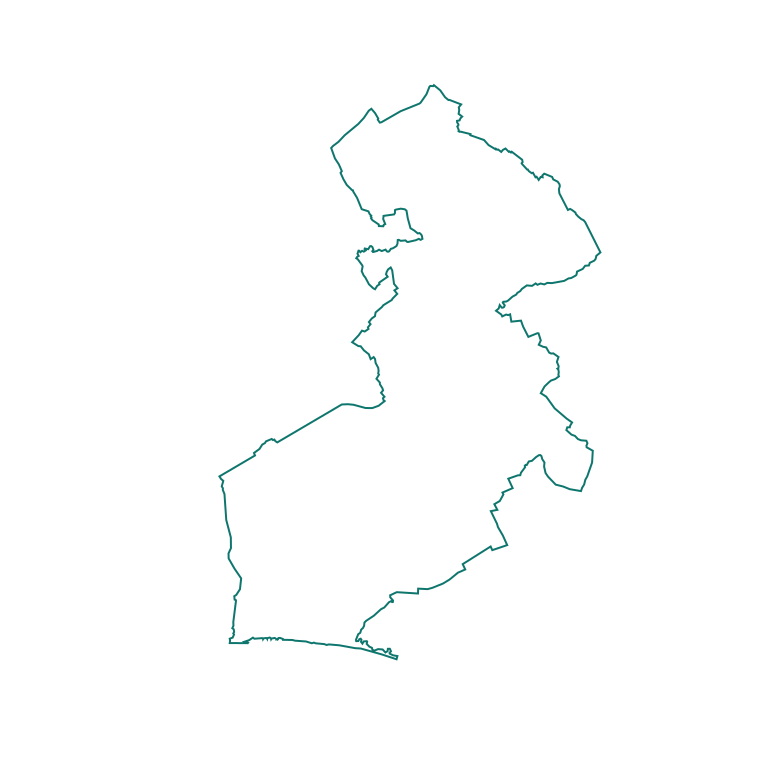 Mueang Phetchaburi, Phetchaburi, Thailand (Albers equal-area conic projection), rotated 64°
{"feature_id": "78962969B35998281204361", "entity_name": "Mueang Phetchaburi", "entity_type": "district", "adm_level": 2, "iso_a3": "THA", "parent_name": "Thailand", "parent_adm1": "Phetchaburi", "projection": "albers", "projection_center": [99.958, 13.071], "detail": "fine", "context": "isolated", "style": "outline", "palette": "teal", "viewbox_px": 768, "rotation_deg": 64, "n_neighbors": 0, "source": "geoboundaries", "source_scale": "gbopen_adm2", "svg_char_len": 6165}
<svg xmlns="http://www.w3.org/2000/svg" viewBox="0 0 768 768"><g transform="rotate(64 384 384)"><path d="M265.2,147.8L266.0,150.3L267.7,150.8L266.6,152.4L268.4,155.5L264.6,156.0L264.6,157.2L259.4,157.5L259.3,158.8L256.2,160.5L254.3,160.7L254.1,161.3L247.1,163.4L245.9,163.5L245.3,162.1L243.0,161.5L231.2,167.4L231.6,168.4L230.0,169.2L230.1,170.0L225.6,171.6L225.7,174.4L226.8,176.9L223.3,178.6L223.1,179.5L221.6,180.3L222.0,180.8L215.1,185.3L208.6,187.1L198.6,197.0L198.1,197.4L197.3,196.7L190.8,204.5L190.4,205.6L189.4,206.2L188.7,205.5L184.6,205.2L184.2,203.9L183.2,203.3L181.0,203.6L179.5,203.0L180.2,200.5L178.7,198.8L177.9,196.5L173.9,198.5L170.6,196.2L168.1,195.5L166.5,192.1L157.3,200.7L157.0,201.6L153.0,203.4L144.8,204.7L137.3,208.1L137.9,209.1L136.4,211.7L136.8,212.9L142.2,218.8L147.2,227.8L147.5,229.3L146.1,249.4L147.6,271.5L147.3,273.1L146.6,273.3L143.6,273.7L142.9,272.8L136.5,273.3L131.1,274.7L131.7,277.9L136.0,285.4L139.0,293.1L143.2,310.3L146.4,318.8L147.7,325.4L148.7,328.0L159.8,329.2L166.9,328.3L174.2,328.6L175.2,330.5L182.3,330.7L188.8,330.2L195.8,327.7L196.4,327.0L197.2,327.3L205.1,326.6L217.1,327.4L222.0,322.3L224.8,322.4L227.2,321.7L227.4,322.4L229.1,322.3L229.4,323.0L231.7,322.6L238.3,318.8L239.8,319.4L241.9,315.5L240.8,314.4L240.8,312.8L235.4,312.4L232.7,310.7L236.0,300.6L235.1,299.2L232.5,297.9L232.5,296.7L233.8,292.0L236.1,288.7L238.1,287.8L245.5,290.0L255.6,291.9L259.2,289.6L263.5,287.6L263.9,285.9L265.2,285.3L267.0,284.9L270.4,285.8L270.5,287.9L268.8,289.1L268.7,292.4L266.9,300.1L266.3,301.0L264.4,301.7L262.6,306.3L260.9,307.5L260.6,308.5L263.8,310.4L265.5,312.4L265.9,316.6L265.5,318.6L267.0,321.2L266.9,322.4L266.0,323.3L263.9,323.7L263.5,327.8L261.1,329.6L261.4,331.9L260.6,336.0L259.5,336.3L258.8,334.7L255.9,334.4L254.5,335.0L254.0,336.0L255.9,339.1L253.8,341.9L254.4,342.4L255.9,341.9L256.2,344.1L254.7,345.3L255.2,347.5L253.3,347.9L253.0,348.5L255.3,350.7L257.8,350.6L258.0,352.4L258.8,353.8L260.3,352.9L268.0,351.5L269.0,351.7L272.8,354.6L277.5,354.7L280.0,354.1L287.8,353.8L293.3,351.7L294.9,350.5L292.8,347.1L292.4,344.3L291.1,344.2L290.7,343.5L289.2,333.7L286.3,334.1L284.5,332.5L282.8,330.1L282.2,326.9L285.4,326.8L298.4,331.1L303.9,329.8L304.4,333.6L308.8,332.6L311.0,338.9L311.9,340.2L312.9,350.1L313.9,352.1L316.0,360.2L319.1,362.4L319.7,366.1L321.7,370.4L324.3,369.9L326.0,373.6L327.7,373.8L328.4,378.3L326.4,380.4L329.1,385.4L332.5,394.3L338.7,390.4L339.9,388.4L345.0,387.3L350.6,384.6L355.8,385.1L355.3,381.5L357.6,381.1L361.4,382.3L366.9,382.1L369.8,383.1L372.0,384.6L373.4,384.4L376.0,388.5L380.8,387.1L382.5,387.8L387.0,387.3L389.3,387.6L390.6,390.5L395.7,389.2L396.3,391.2L398.4,391.5L399.6,390.9L401.2,398.4L400.5,405.1L397.5,411.1L389.3,420.5L386.4,425.2L383.9,430.9L389.7,505.5L387.7,506.7L385.9,506.9L385.7,508.4L384.2,509.0L383.8,515.2L384.9,516.9L385.1,520.0L387.8,524.4L389.0,531.1L391.7,531.3L394.9,572.4L397.9,572.1L400.6,570.9L404.9,574.7L407.1,574.5L408.5,575.3L412.9,575.6L437.1,585.4L454.7,588.9L464.4,593.5L468.1,598.0L472.7,600.1L484.5,599.3L496.1,597.6L505.3,603.4L508.8,609.2L509.1,611.6L512.3,612.8L513.3,611.9L514.0,612.1L531.9,623.8L535.3,625.3L537.0,627.4L538.6,626.6L541.2,627.4L542.1,628.8L543.4,628.6L545.6,631.2L545.3,634.3L547.1,634.8L549.2,636.2L557.2,620.1L556.9,619.6L554.5,622.1L555.1,617.4L554.5,613.0L556.1,612.2L559.0,604.9L559.6,604.3L560.3,604.5L559.8,603.7L560.6,601.4L561.0,600.7L561.9,600.7L561.3,600.2L561.8,597.8L563.0,597.1L563.9,597.3L563.5,596.7L564.3,593.6L567.1,591.9L566.9,590.6L566.6,591.6L566.1,590.3L566.6,588.8L568.8,586.7L569.6,587.0L574.0,578.4L575.7,576.5L581.2,567.0L585.4,562.5L585.7,560.4L587.1,559.1L591.6,551.7L593.4,550.0L593.9,547.7L599.2,538.8L608.8,525.7L611.5,520.9L626.1,504.5L636.9,493.4L634.4,491.2L631.9,494.7L628.8,497.1L628.1,496.9L627.3,494.9L624.6,494.8L623.7,496.6L625.7,497.9L625.9,500.4L622.0,501.6L619.7,505.5L619.4,509.7L617.7,510.9L615.8,510.5L613.7,512.3L610.0,513.5L608.3,512.1L607.6,512.2L606.5,515.1L607.9,517.2L605.6,517.7L604.1,516.4L602.7,516.6L602.5,517.9L603.8,519.8L602.9,521.7L601.7,521.4L597.6,516.9L597.2,514.4L594.8,512.2L594.0,509.7L592.6,507.9L589.8,506.1L589.0,503.8L587.8,494.7L585.1,485.5L585.0,481.7L582.3,475.2L582.3,472.8L583.6,472.3L583.8,471.6L582.5,470.8L578.6,471.9L576.6,471.1L576.7,463.8L587.2,445.3L582.9,443.0L587.5,434.7L588.4,429.9L589.2,418.5L588.5,410.8L586.0,400.3L586.3,392.3L580.4,392.2L576.8,359.4L580.8,359.5L582.8,343.9L572.2,343.6L562.6,344.3L559.1,343.7L545.1,343.7L546.8,337.3L540.4,337.5L539.9,331.2L535.6,325.1L533.5,325.1L534.0,314.0L523.6,313.8L524.8,303.7L525.7,301.5L523.8,299.8L520.6,293.6L519.3,293.4L518.8,292.2L519.4,291.2L517.1,287.8L517.9,284.8L516.3,279.2L515.9,275.8L516.4,274.7L517.7,274.1L521.0,274.7L524.9,274.2L528.4,276.3L534.8,277.8L539.1,277.2L549.7,273.8L554.6,268.0L560.0,263.1L566.6,253.9L564.1,251.4L562.1,248.2L558.3,245.0L556.2,241.9L545.8,231.4L535.5,225.6L529.7,229.6L528.2,229.1L526.4,227.1L523.7,227.0L520.9,231.7L518.4,233.9L514.4,235.1L511.7,237.7L505.4,240.3L503.3,238.3L504.4,236.0L503.1,235.0L501.0,231.8L495.2,235.0L480.7,241.3L466.6,243.7L461.0,247.1L456.6,240.8L454.8,235.2L454.1,232.4L454.6,228.0L453.8,223.4L452.3,223.3L449.9,221.7L447.6,221.0L446.3,221.4L446.3,220.4L444.5,219.2L439.9,218.9L436.2,215.3L430.7,218.4L429.9,220.4L428.2,221.8L422.2,222.2L420.3,224.7L416.6,227.7L413.6,224.0L406.2,222.9L405.6,223.9L404.9,233.6L393.5,233.8L387.1,233.1L383.8,242.2L376.7,240.1L376.5,242.2L375.1,243.8L375.1,248.1L373.0,248.1L367.3,251.2L366.4,247.8L363.8,245.4L367.0,244.7L367.5,243.6L367.4,242.3L366.2,241.0L363.0,241.6L362.4,240.8L363.5,237.8L363.4,235.9L361.8,230.2L361.6,226.0L360.6,224.3L360.2,220.8L359.0,218.4L358.0,212.4L360.7,207.9L360.1,203.6L362.1,202.6L362.3,199.3L364.8,196.2L364.7,192.9L366.9,188.9L370.3,176.9L370.0,171.8L370.8,169.4L370.6,164.3L370.2,163.1L367.6,161.2L367.7,155.0L365.9,151.3L367.3,147.9L365.3,145.9L365.3,141.0L364.4,139.0L361.9,137.0L360.6,131.8L326.7,132.2L324.3,132.8L322.4,134.3L318.8,136.0L315.4,137.0L313.8,136.8L310.3,138.6L308.2,140.0L308.2,142.4L289.5,142.8L285.6,141.4L283.2,139.2L281.4,138.7L278.3,139.2L274.3,142.2L271.6,142.1L265.2,147.8Z" fill="none" stroke="#0f766e" stroke-width="2"/></g></svg>